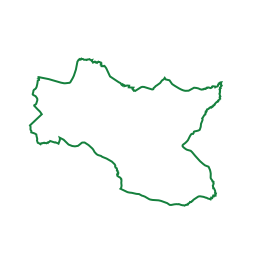 the district of Mueang Buri Ram, Buri Ram, Thailand, rotated 283°
{"feature_id": "78962969B95913891709338", "entity_name": "Mueang Buri Ram", "entity_type": "district", "adm_level": 2, "iso_a3": "THA", "parent_name": "Thailand", "parent_adm1": "Buri Ram", "projection": "natural_earth1", "projection_center": [103.104, 14.948], "detail": "fine", "context": "isolated", "style": "outline", "palette": "green", "viewbox_px": 256, "rotation_deg": 283, "n_neighbors": 0, "source": "geoboundaries", "source_scale": "gbopen_adm2", "svg_char_len": 5688}
<svg xmlns="http://www.w3.org/2000/svg" viewBox="0 0 256 256"><g transform="rotate(283 128 128)"><path d="M157.8,39.8L157.5,29.8L157.4,29.8L157.5,30.2L157.3,30.3L157.2,29.8L157.0,30.0L156.6,29.7L156.6,30.0L155.7,30.2L155.4,30.4L155.2,30.9L155.2,31.2L154.6,30.1L154.3,29.9L154.0,29.4L150.9,29.7L147.5,29.7L145.9,29.3L145.1,28.8L144.2,27.9L143.3,27.5L141.4,27.6L139.5,27.5L138.9,28.1L138.2,30.8L136.7,32.5L135.9,33.1L134.5,33.4L130.9,33.1L130.2,32.7L129.2,31.6L128.6,31.6L125.8,35.8L124.2,38.5L122.0,40.9L108.5,31.9L108.0,32.4L107.6,32.5L107.2,32.8L105.6,33.1L104.4,33.4L103.3,34.5L102.0,34.7L101.7,38.2L101.1,40.1L99.5,40.7L97.2,41.9L96.3,42.1L95.4,42.1L93.3,43.4L93.2,44.4L92.5,46.5L93.6,46.9L93.9,48.2L94.2,48.4L94.5,49.1L94.5,49.7L94.8,49.8L94.8,50.0L94.8,52.1L95.6,52.7L95.5,53.2L95.9,53.2L96.3,53.6L96.5,54.2L96.9,54.5L97.3,54.7L97.6,55.3L97.8,55.3L97.5,58.5L97.4,60.1L97.7,60.3L97.6,61.3L97.3,63.1L97.1,63.8L101.0,64.3L101.8,64.1L102.5,64.0L103.2,63.6L102.1,67.9L98.5,73.8L97.9,77.7L98.2,80.5L99.2,82.9L99.4,83.3L100.6,84.3L103.3,86.4L103.7,87.2L104.1,89.0L102.5,93.4L100.1,97.7L99.2,98.9L97.0,100.9L95.4,103.3L94.9,104.9L94.7,108.0L94.1,109.4L93.4,114.0L91.6,119.9L89.6,123.2L88.5,124.1L88.2,124.2L87.7,124.1L86.9,124.6L86.6,124.8L86.2,126.1L85.2,126.6L84.4,126.9L84.2,126.7L84.0,126.8L83.9,127.5L82.8,127.9L82.6,128.4L81.7,128.4L81.6,128.7L81.4,128.7L81.3,128.4L80.8,128.5L80.7,127.9L80.4,127.8L79.0,128.4L78.4,129.8L77.9,131.5L77.1,132.6L76.7,133.0L76.3,132.9L76.0,133.2L75.1,133.5L73.0,133.8L70.4,134.7L68.9,134.8L67.6,134.7L67.1,134.4L65.4,141.9L65.4,143.7L65.7,146.4L65.7,150.9L66.1,153.7L65.2,156.9L65.2,158.0L64.9,160.0L64.4,161.5L63.4,164.8L63.3,165.8L63.4,168.0L64.4,174.1L64.4,176.6L63.6,183.1L62.5,185.8L62.5,186.3L62.8,187.6L64.0,190.2L64.7,192.3L65.0,194.2L65.3,194.6L65.0,197.0L65.0,198.6L65.2,199.6L65.1,200.6L65.8,201.2L66.1,201.6L66.2,202.2L66.6,202.5L66.6,203.2L66.9,203.6L67.3,203.4L67.7,203.5L68.6,204.5L69.4,205.1L69.9,205.1L70.0,205.8L70.2,206.4L71.1,206.7L71.5,207.3L72.3,207.6L73.0,208.1L76.8,211.7L77.4,212.6L77.7,213.9L77.9,217.2L77.6,219.6L77.7,220.1L77.2,222.0L77.3,223.0L77.0,224.5L78.7,224.7L78.4,225.6L78.5,225.8L81.0,226.2L80.9,226.7L81.4,226.6L81.4,227.5L81.9,227.5L81.9,228.5L83.2,228.3L84.1,228.4L84.3,227.4L85.6,227.3L86.4,227.0L88.6,225.3L88.5,224.7L88.9,224.7L89.1,224.4L90.0,224.0L90.3,224.0L90.7,223.7L91.0,223.6L92.1,223.9L93.2,223.9L93.4,223.6L94.6,223.2L94.8,223.4L95.0,223.2L95.0,222.3L95.9,221.8L97.4,220.1L98.2,219.7L102.1,218.9L103.8,218.2L105.6,217.3L108.4,215.2L108.9,211.5L110.0,209.1L111.9,205.6L116.0,199.7L118.9,195.9L119.9,194.2L120.0,191.7L120.1,190.2L120.5,188.9L121.5,186.7L122.2,185.6L122.7,185.2L123.5,185.1L124.3,185.5L126.3,187.2L128.5,188.6L129.8,189.2L134.0,190.2L136.0,190.9L136.7,191.6L136.9,192.7L137.4,192.8L137.6,193.0L139.2,193.1L139.6,193.5L140.5,195.5L141.4,197.2L142.4,198.3L145.5,198.6L148.5,198.2L152.2,198.8L153.5,198.7L154.0,198.1L155.4,198.7L157.6,199.4L158.6,200.3L159.6,200.2L159.8,200.0L160.6,200.2L161.1,200.1L161.1,200.4L161.7,200.3L161.8,200.7L162.3,200.7L162.5,200.9L163.1,200.7L163.9,200.9L164.1,201.0L164.3,201.7L164.9,202.3L165.9,202.8L165.9,203.1L166.5,203.8L166.9,203.8L167.0,204.3L166.8,204.7L167.8,205.1L167.7,205.6L168.4,206.0L168.8,205.9L169.2,206.0L169.6,206.5L169.6,206.9L170.3,207.3L170.7,207.1L171.0,207.2L173.2,208.5L173.4,208.8L173.6,209.4L174.0,209.7L174.2,209.3L175.0,209.6L176.3,210.6L176.4,210.8L177.0,210.9L177.3,211.2L178.5,210.4L179.0,210.7L179.4,210.5L179.6,210.8L180.8,210.1L181.3,209.7L182.0,209.4L182.2,209.5L182.9,209.7L183.2,209.6L183.5,209.4L183.9,209.5L184.3,209.3L184.8,209.4L185.1,209.1L185.7,209.1L186.2,208.6L186.5,208.8L186.7,208.7L187.0,208.9L187.4,208.9L187.5,209.1L187.8,208.8L188.0,208.9L188.2,208.7L188.6,209.1L189.5,209.2L189.8,209.5L190.2,209.7L190.4,209.2L190.8,209.3L191.1,209.0L191.5,208.9L191.7,208.4L192.0,208.5L192.1,208.2L193.5,208.6L193.4,208.3L193.1,208.3L192.8,208.1L192.9,207.6L192.8,207.3L192.5,207.2L192.3,207.0L192.1,207.1L192.0,206.9L191.8,207.1L191.5,207.0L190.7,206.1L190.4,206.3L188.9,206.0L188.4,205.4L188.1,204.7L187.8,204.3L187.9,203.7L187.6,203.6L188.0,203.3L187.9,203.0L187.8,201.4L187.6,200.9L187.2,200.6L186.5,200.7L185.5,199.6L185.6,197.4L185.3,196.3L185.1,195.9L184.8,196.0L184.7,195.6L184.3,195.3L184.3,195.1L184.0,194.9L183.5,194.8L183.5,193.7L183.2,193.2L182.9,193.2L182.6,192.8L182.5,192.0L182.0,191.4L182.0,189.6L182.4,187.7L182.4,185.6L182.1,183.3L178.0,178.7L177.1,175.4L177.1,173.5L177.4,171.5L178.1,168.7L179.6,164.1L180.5,161.7L180.9,160.9L183.8,157.7L183.8,153.9L185.1,152.5L183.5,151.9L181.9,150.4L179.1,149.2L176.0,146.5L175.0,145.5L173.7,144.8L172.7,144.0L171.5,143.9L171.0,142.9L171.0,142.6L171.6,134.4L171.3,132.6L170.6,131.5L165.7,126.6L166.1,125.5L165.7,125.2L167.0,123.6L168.5,124.1L167.8,119.6L169.5,119.6L169.2,117.6L168.3,115.8L168.6,115.8L169.3,113.2L168.1,113.4L168.6,112.1L170.1,110.5L170.5,108.7L174.2,98.9L181.4,93.3L183.0,91.4L183.2,90.8L182.7,90.3L182.7,89.7L182.4,89.1L182.3,88.3L183.3,88.1L183.5,87.2L185.1,87.5L185.3,87.4L185.4,86.8L185.7,86.7L185.7,85.7L185.9,85.4L185.7,84.7L185.9,84.2L185.5,84.0L185.2,83.4L185.2,83.2L184.9,83.0L184.7,83.3L184.5,83.2L184.9,82.2L184.5,82.2L184.5,81.8L184.6,81.4L185.1,81.0L185.2,80.7L184.0,79.3L184.5,79.1L184.5,78.6L185.0,77.7L186.1,77.8L185.9,77.5L185.9,76.0L186.4,75.0L186.1,74.6L185.9,73.8L185.6,73.1L185.4,73.0L185.4,72.6L184.9,72.2L185.0,71.4L184.6,69.7L185.1,68.5L185.0,68.0L184.7,67.2L184.1,66.7L183.9,66.1L184.3,66.1L184.1,65.9L184.2,65.4L183.7,65.4L183.7,65.0L183.4,64.9L183.2,64.5L181.3,63.8L173.2,64.1L166.8,63.5L164.1,62.9L159.6,61.5L158.9,60.9L157.4,56.6L157.2,55.6L157.1,52.5L157.8,39.8Z" fill="none" stroke="#15803d" stroke-width="2"/></g></svg>